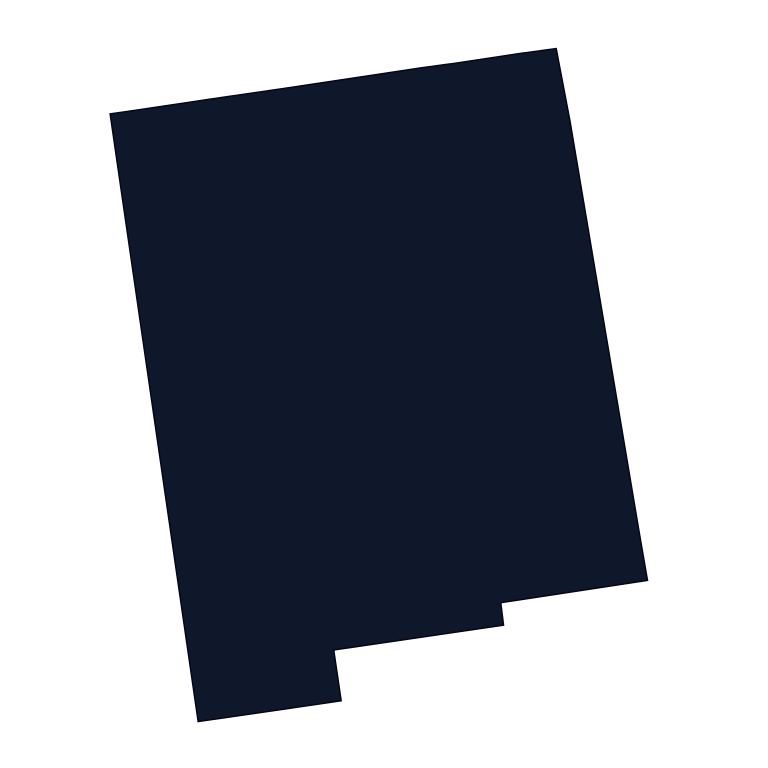 Williams, Ohio, United States of America, rotated 82°
{"feature_id": "52423323B84599741370960", "entity_name": "Williams", "entity_type": "district", "adm_level": 2, "iso_a3": "USA", "parent_name": "United States of America", "parent_adm1": "Ohio", "projection": "natural_earth1", "projection_center": [-84.66, 41.566], "detail": "fine", "context": "isolated", "style": "filled", "palette": "ink", "viewbox_px": 768, "rotation_deg": 82, "n_neighbors": 0, "source": "geoboundaries", "source_scale": "gbopen_adm2", "svg_char_len": 432}
<svg xmlns="http://www.w3.org/2000/svg" viewBox="0 0 768 768"><g transform="rotate(82 384 384)"><path d="M75.8,166.8L75.6,202.7L76.3,273.1L76.2,274.7L76.1,299.7L76.1,305.4L77.4,443.6L77.4,443.8L77.6,493.5L77.7,513.7L78.4,601.7L78.4,617.4L78.4,617.6L692.4,615.0L692.0,518.2L691.7,470.5L640.4,470.8L639.4,299.2L616.8,298.8L615.1,150.4L564.0,152.0L150.2,163.2L75.8,166.8Z" fill="#0f172a" stroke="#020617" stroke-width="1.5"/></g></svg>